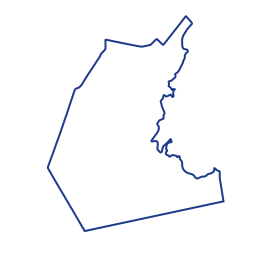 SVG path tracing the border of Karakalpakstan, rotated 256°
{"feature_id": "UZB-356", "entity_name": "Karakalpakstan", "entity_type": "Automonous Region", "adm_level": 1, "iso_a3": "UZB", "parent_name": "Uzbekistan", "parent_adm1": "", "projection": "orthographic", "projection_center": [58.854, 43.272], "detail": "fine", "context": "isolated", "style": "outline", "palette": "blue", "viewbox_px": 256, "rotation_deg": 256, "n_neighbors": 0, "source": "natural_earth", "source_scale": "10m", "svg_char_len": 4022}
<svg xmlns="http://www.w3.org/2000/svg" viewBox="0 0 256 256"><g transform="rotate(256 128 128)"><path d="M122.6,49.7L124.4,50.9L129.1,54.0L134.2,57.4L139.6,61.0L145.1,64.6L150.7,68.2L156.0,71.7L161.1,74.9L165.8,77.9L169.9,80.5L173.2,82.6L175.7,84.2L177.4,85.3L178.2,86.1L178.7,87.1L178.9,88.0L179.1,90.0L179.4,90.9L181.1,93.5L184.4,96.8L186.0,98.4L187.5,100.0L189.6,102.2L191.2,104.0L192.9,105.8L194.5,107.6L196.2,109.4L197.8,111.2L199.5,112.9L201.1,114.7L202.7,116.5L204.9,118.8L205.5,119.0L206.1,119.2L209.3,124.3L210.8,125.5L218.5,127.3L218.9,127.5L218.9,127.9L218.8,128.4L211.7,143.2L205.0,157.5L203.5,161.2L203.2,169.3L203.2,169.8L203.3,170.1L206.8,176.0L207.4,177.2L207.3,177.4L206.9,177.8L200.9,181.5L200.3,182.1L200.3,182.6L200.6,183.1L213.5,199.7L222.3,210.9L222.3,211.4L215.9,214.8L214.3,215.4L213.9,215.3L213.5,215.0L213.3,214.9L209.7,209.5L204.5,204.2L202.8,203.0L201.4,202.2L200.0,201.7L194.4,200.5L192.9,200.6L192.3,200.7L191.8,201.0L191.3,201.3L190.9,201.9L189.8,204.2L189.3,204.6L188.6,204.7L187.9,204.4L187.7,204.3L187.2,204.1L186.9,203.0L186.5,202.4L184.9,200.8L184.3,200.5L182.7,200.2L182.0,199.9L181.1,199.2L180.0,198.0L179.7,197.8L179.3,197.6L178.6,197.5L171.6,191.5L170.6,190.4L169.8,189.1L169.3,187.6L169.0,187.0L168.5,186.7L167.1,186.7L166.5,186.6L166.0,186.3L165.6,185.8L164.8,184.3L164.4,183.3L163.6,182.1L163.4,181.5L163.4,179.8L163.3,179.0L162.9,178.7L161.4,178.5L160.0,178.2L159.7,178.0L159.0,177.6L158.6,177.7L158.4,177.8L157.9,178.3L156.4,179.3L155.8,179.6L155.1,179.6L154.6,179.7L154.4,179.9L154.3,180.1L154.4,180.4L154.8,181.1L154.8,181.5L154.5,182.3L154.2,182.7L153.5,181.7L152.7,181.0L149.6,179.9L148.1,180.0L147.7,179.8L147.4,179.3L147.4,178.7L147.7,178.4L148.3,178.2L150.0,177.5L149.9,176.0L149.3,174.1L149.5,172.3L150.0,172.0L150.6,171.7L151.0,171.4L151.1,170.7L150.8,170.2L150.1,169.8L148.8,169.3L147.8,168.4L147.0,167.2L146.1,166.2L144.8,166.1L143.5,166.3L141.0,166.1L135.0,167.0L133.5,167.0L132.8,166.7L131.6,165.5L131.0,165.3L129.5,165.1L128.7,164.7L128.3,164.0L128.0,161.1L127.7,160.3L127.3,159.7L125.5,157.8L124.8,157.3L124.0,157.4L123.2,157.8L122.4,158.1L121.6,158.1L120.3,157.9L118.3,157.0L116.4,155.2L110.3,148.0L109.6,147.6L109.1,148.4L108.7,151.7L108.1,152.8L106.9,153.2L105.4,153.1L104.0,152.7L100.9,151.5L100.2,151.4L99.7,151.6L98.2,152.5L97.1,153.0L96.6,153.4L96.3,153.9L96.5,154.7L97.0,155.2L100.5,156.9L101.5,157.7L102.4,159.0L103.2,160.8L105.3,164.3L106.4,165.7L106.7,166.0L106.9,166.3L106.8,166.6L106.4,166.8L104.6,167.1L104.1,167.0L103.8,166.5L103.8,165.9L103.9,165.2L104.0,164.5L103.7,163.1L103.0,162.1L102.1,161.4L99.2,160.1L98.6,159.9L98.1,160.0L97.1,160.5L96.6,160.5L96.1,160.2L95.5,159.2L95.1,158.8L94.5,158.6L93.9,158.6L93.3,158.7L92.7,159.0L92.4,159.3L92.2,159.8L91.4,160.6L90.7,161.0L90.2,161.4L90.3,162.4L90.9,163.7L91.0,164.3L90.7,165.2L89.5,167.9L89.1,168.3L88.0,168.7L87.8,169.2L88.0,169.8L88.3,170.2L88.4,170.6L87.8,171.0L87.2,171.1L85.3,171.0L84.7,171.2L83.1,171.9L81.8,172.2L77.7,171.4L75.0,171.5L72.3,172.7L69.9,175.0L68.3,177.9L67.2,179.5L66.0,180.4L63.2,181.6L62.3,182.7L62.3,184.2L62.9,187.3L62.8,188.7L62.5,189.9L62.5,191.2L62.9,192.6L63.6,193.6L63.9,194.7L64.0,195.8L63.9,197.1L64.0,198.2L64.4,199.3L64.9,200.2L65.5,201.0L65.9,201.3L66.4,201.5L67.8,201.9L68.1,202.1L68.0,202.3L67.6,202.7L67.0,203.2L65.7,203.8L65.1,204.5L64.1,206.1L63.6,206.4L60.0,205.6L57.3,204.9L50.8,204.4L49.8,204.3L43.8,203.8L38.4,203.3L33.7,202.9L34.0,194.1L34.3,185.2L34.6,176.3L34.9,167.5L35.2,158.6L35.5,149.7L35.8,140.9L36.1,132.0L36.4,123.2L36.7,114.3L37.0,105.4L37.3,96.6L37.6,87.7L37.9,78.8L38.2,70.0L38.5,61.1L41.2,60.3L43.7,59.5L46.3,58.8L48.9,58.0L51.5,57.3L54.1,56.5L56.6,55.8L58.7,55.2L59.2,55.0L61.8,54.3L64.4,53.5L66.9,52.7L69.5,52.0L72.1,51.2L74.6,50.4L77.2,49.7L79.8,48.9L83.2,47.9L86.6,46.9L90.0,45.9L93.4,44.9L95.0,44.4L96.5,44.0L98.1,43.5L99.7,43.1L101.3,42.6L103.0,42.2L104.6,41.7L106.2,41.2L108.4,40.6L109.0,40.7L109.8,41.0L111.9,42.4L112.5,42.8L114.1,44.0L116.8,45.7L120.2,48.1L122.6,49.7Z" fill="none" stroke="#1e3a8a" stroke-width="2"/></g></svg>